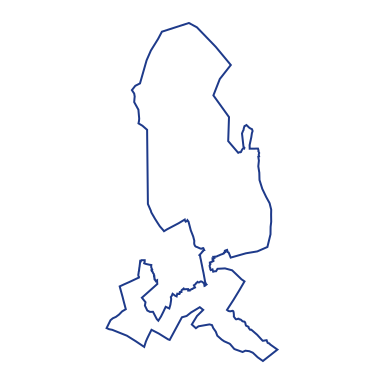 Jere, Borno, Nigeria (Robinson projection)
{"feature_id": "59680162B64727590098747", "entity_name": "Jere", "entity_type": "district", "adm_level": 2, "iso_a3": "NGA", "parent_name": "Nigeria", "parent_adm1": "Borno", "projection": "robinson", "projection_center": [13.17, 11.942], "detail": "fine", "context": "isolated", "style": "outline", "palette": "blue", "viewbox_px": 384, "rotation_deg": 0, "n_neighbors": 0, "source": "geoboundaries", "source_scale": "gbopen_adm2", "svg_char_len": 5979}
<svg xmlns="http://www.w3.org/2000/svg" viewBox="0 0 384 384"><path d="M151.3,265.0L150.7,264.9L150.3,264.9L148.9,264.6L147.5,264.3L145.8,263.9L144.7,263.5L144.2,263.3L144.7,261.6L144.7,260.2L142.8,260.2L141.3,260.2L140.8,261.4L140.2,261.1L140.1,261.8L140.0,262.9L139.9,263.8L139.8,264.7L139.7,265.2L139.6,266.4L139.4,267.4L139.3,268.0L139.2,268.9L139.1,269.6L139.0,270.9L138.7,271.9L138.6,273.1L138.5,273.7L138.5,273.9L138.4,274.0L138.3,274.6L138.3,275.0L138.3,275.3L138.4,275.8L138.5,276.0L138.7,276.6L139.0,277.0L138.9,277.6L138.4,277.8L137.9,278.0L129.4,282.0L124.0,284.4L119.7,286.4L121.1,291.6L122.5,296.6L123.9,302.1L125.8,309.2L122.1,311.4L119.1,314.5L115.9,316.9L112.8,318.3L110.5,320.2L106.6,328.1L109.1,329.2L112.2,329.8L126.9,335.7L135.7,341.2L144.2,346.9L145.9,341.5L147.3,338.3L148.6,335.6L151.5,329.8L158.7,333.5L168.2,339.4L169.7,339.9L181.9,317.3L186.6,316.0L191.4,312.2L191.5,312.2L199.8,307.2L203.2,309.9L197.0,316.0L191.8,324.5L195.9,328.2L198.5,326.3L209.5,324.4L212.0,325.1L213.2,328.0L215.8,331.7L217.3,335.7L221.7,339.6L224.2,341.3L229.4,343.6L230.2,344.2L234.2,348.9L235.3,349.4L242.6,352.0L245.4,350.7L249.3,351.2L252.8,352.7L257.7,357.3L262.9,361.0L277.4,349.6L270.1,344.4L269.8,344.0L269.3,343.4L268.5,343.3L267.6,342.8L267.4,342.1L267.1,341.6L266.6,340.2L262.8,340.8L262.4,340.5L257.2,334.8L251.3,329.7L250.2,329.8L249.2,328.6L248.8,328.1L248.6,327.4L248.5,326.9L248.3,326.8L247.9,326.5L247.0,326.1L246.3,325.8L246.0,325.6L245.8,325.1L245.6,324.4L245.5,324.0L245.4,323.2L244.9,322.1L244.5,321.7L243.9,321.5L243.2,321.5L242.7,321.3L242.2,321.0L241.9,320.7L241.5,320.3L241.1,319.9L240.5,319.5L239.4,319.4L238.7,318.7L238.4,318.7L237.8,318.8L237.5,319.0L236.4,319.3L235.8,319.2L235.4,318.7L234.8,317.9L234.2,317.1L233.8,316.3L233.8,316.0L233.9,315.7L233.9,315.3L233.9,314.9L233.7,312.9L233.4,311.4L232.9,310.9L232.4,310.8L230.5,311.3L229.3,311.2L228.3,310.9L227.0,309.9L233.4,300.0L239.2,290.5L244.5,281.4L241.5,279.3L236.0,274.0L232.1,270.3L225.0,268.4L217.5,268.8L216.1,271.2L214.6,271.3L213.2,271.7L212.8,270.5L212.5,269.4L210.8,270.1L210.3,269.3L210.3,268.9L210.2,268.7L210.2,268.3L210.2,267.8L209.8,267.1L209.7,266.4L209.6,265.6L209.9,265.2L210.0,264.9L210.1,264.3L210.0,264.1L210.4,263.9L210.3,263.7L210.2,263.5L210.1,263.1L209.9,262.5L210.4,262.3L211.8,261.8L212.4,261.6L212.8,261.3L213.3,261.1L213.1,260.6L212.8,260.2L213.2,260.0L213.4,259.9L213.2,259.4L213.0,258.9L212.9,259.0L212.6,259.1L212.5,258.4L213.0,258.4L214.4,258.0L214.2,257.4L213.6,257.6L213.5,257.2L213.4,256.9L213.5,256.9L214.5,256.7L214.9,256.7L215.6,256.6L215.8,256.7L216.2,256.6L216.7,256.4L217.1,256.3L217.5,256.0L218.0,255.8L219.5,255.2L220.5,254.7L222.6,254.0L223.9,253.4L223.9,252.7L225.0,252.3L224.9,251.9L225.4,251.7L225.0,250.7L226.2,250.2L227.1,249.9L227.3,250.7L227.7,252.1L228.7,252.6L230.7,257.6L245.9,253.3L257.3,251.4L267.4,247.0L270.5,234.3L270.6,226.8L271.2,221.8L271.1,214.5L271.2,209.7L269.6,203.2L266.2,197.0L262.3,188.9L259.5,180.0L259.3,172.7L258.3,166.3L258.9,160.6L258.3,156.7L259.1,156.4L258.7,154.9L258.9,153.8L259.2,153.0L259.0,152.4L258.4,151.4L258.5,150.4L258.0,148.6L249.7,148.7L249.6,145.1L251.3,137.2L251.9,133.2L252.6,131.0L252.0,129.2L250.3,128.4L249.0,127.5L247.8,126.3L246.5,125.1L246.2,125.4L245.8,125.4L245.6,125.6L245.4,125.8L245.1,125.8L244.5,126.1L243.8,128.3L243.5,130.1L243.0,130.9L242.0,133.5L243.5,146.8L244.4,147.7L244.2,148.5L243.5,148.2L242.7,148.8L242.1,149.7L241.5,150.7L241.1,151.9L240.3,152.3L239.3,152.2L238.2,152.8L228.2,141.1L229.0,117.1L213.4,95.4L219.8,79.0L230.8,65.0L215.7,46.8L196.9,27.3L188.9,23.0L161.9,31.7L158.1,38.9L150.9,50.5L146.6,60.3L140.0,83.4L135.3,85.8L131.9,90.1L134.2,93.6L134.7,96.6L134.5,98.3L134.2,102.1L138.4,109.7L139.2,118.7L139.0,120.9L138.5,123.4L142.4,125.7L147.1,129.8L147.9,204.0L150.9,210.9L151.3,212.4L155.0,218.8L157.6,222.9L159.9,226.4L162.9,229.8L164.0,231.2L167.1,229.3L169.2,228.2L178.7,223.2L184.7,219.6L184.9,220.6L185.5,221.1L185.7,221.6L186.4,221.3L186.7,221.2L187.0,220.9L187.4,220.2L188.5,221.6L190.8,230.4L193.2,236.5L194.3,240.8L194.2,242.5L194.2,243.5L194.4,244.6L195.2,246.1L195.4,246.3L196.2,246.8L197.2,247.1L198.9,247.9L200.0,248.4L201.1,248.7L201.5,248.7L202.3,248.3L203.1,248.1L203.3,248.1L203.8,249.2L204.2,250.1L203.6,250.2L203.3,250.4L203.1,251.1L202.9,251.3L202.6,251.3L202.3,251.7L202.0,252.2L201.2,253.2L199.4,255.1L200.1,255.7L200.1,256.0L200.4,258.0L200.8,259.6L201.4,262.7L201.7,264.1L202.0,265.6L202.4,267.6L202.6,268.7L203.5,272.9L204.6,279.0L205.1,281.8L205.4,282.7L205.7,283.3L206.2,284.2L206.5,284.5L205.8,285.0L205.2,285.6L204.5,285.9L204.1,283.6L203.8,283.1L203.3,282.8L202.7,282.2L202.1,281.8L201.6,281.6L201.1,281.4L200.8,281.4L200.3,281.6L199.4,282.3L198.9,282.4L198.6,282.4L198.1,282.4L197.6,281.9L196.1,283.2L195.4,284.3L194.9,284.6L193.9,285.3L195.0,287.5L193.7,288.1L192.9,288.5L192.4,289.0L191.6,289.1L191.0,289.6L190.5,289.7L190.0,289.9L189.8,290.5L189.1,290.5L188.8,290.5L188.2,290.6L188.1,290.2L188.1,289.1L186.8,289.1L185.9,289.2L185.0,289.2L183.9,289.3L183.6,288.6L183.0,289.1L181.7,290.1L181.5,290.5L181.5,291.0L181.4,291.7L181.4,292.0L181.2,292.0L180.5,292.0L180.1,292.0L180.1,292.7L180.0,292.9L179.6,292.8L179.4,294.0L178.6,294.0L178.1,293.9L177.3,293.7L176.7,295.9L176.6,296.4L175.0,295.6L172.6,293.8L172.1,295.0L171.7,295.9L171.4,296.4L170.8,297.1L171.2,298.9L171.0,300.8L170.4,304.7L169.3,308.5L165.7,306.8L163.4,311.7L161.0,316.5L159.8,318.4L158.3,320.7L156.8,319.1L153.0,311.8L150.0,311.9L147.3,310.5L144.9,305.6L145.5,302.2L141.9,297.7L144.4,295.5L157.3,284.0L157.1,281.5L157.1,280.3L156.6,280.6L156.3,280.9L156.1,281.0L155.8,281.2L155.7,281.0L155.4,280.1L155.2,279.7L154.7,279.7L154.5,279.3L154.5,279.0L154.4,278.7L154.5,278.5L154.5,278.0L154.4,277.2L154.3,276.1L154.0,276.2L153.9,274.6L153.8,274.0L152.9,272.8L152.8,272.3L152.7,272.2L152.2,270.9L151.8,271.0L151.5,270.4L151.4,270.0L151.7,269.6L152.1,269.4L151.9,269.0L151.2,267.2L151.2,266.9L151.2,266.3L151.2,265.8L151.3,265.0Z" fill="none" stroke="#1e3a8a" stroke-width="2"/></svg>